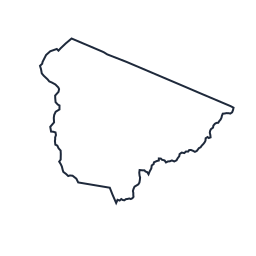 outline of Lagoa Grande do Maranhão, Maranhão, Brazil, rotated 192°
{"feature_id": "56859067B63003511785784", "entity_name": "Lagoa Grande do Maranhão", "entity_type": "district", "adm_level": 2, "iso_a3": "BRA", "parent_name": "Brazil", "parent_adm1": "Maranhão", "projection": "albers", "projection_center": [-45.43, -4.913], "detail": "fine", "context": "isolated", "style": "outline", "palette": "slate", "viewbox_px": 256, "rotation_deg": 192, "n_neighbors": 0, "source": "geoboundaries", "source_scale": "gbopen_adm2", "svg_char_len": 1929}
<svg xmlns="http://www.w3.org/2000/svg" viewBox="0 0 256 256"><g transform="rotate(192 128 128)"><path d="M29.0,169.8L32.1,170.7L65.2,177.1L80.3,180.1L88.0,181.6L142.9,192.3L163.7,195.7L167.2,197.0L168.9,197.4L201.8,203.8L206.4,197.9L210.4,192.1L212.1,189.2L214.1,190.5L220.0,186.9L223.3,182.4L225.3,174.9L225.3,173.0L227.0,170.5L225.3,167.4L223.7,163.5L221.3,161.6L216.8,158.9L214.7,157.2L212.1,156.7L208.1,155.5L204.6,153.2L203.5,151.7L203.5,148.9L206.0,144.6L205.4,142.1L204.2,138.2L201.5,136.3L199.7,135.8L198.9,131.9L202.1,128.9L202.9,125.5L202.7,122.5L201.5,118.1L204.3,113.0L202.5,108.5L200.3,108.8L198.0,108.6L197.0,106.1L197.3,103.6L196.9,101.9L196.8,100.1L195.6,96.6L193.5,96.1L191.7,93.7L189.2,91.9L188.3,88.4L187.3,83.1L188.3,80.8L186.3,78.7L184.7,76.6L183.0,73.1L182.1,71.6L178.9,70.1L176.5,68.6L174.9,69.5L172.3,69.8L168.0,67.7L165.4,64.4L133.4,65.8L129.5,59.9L124.0,52.2L123.3,55.6L121.1,55.3L119.8,57.1L118.3,56.5L116.6,56.5L115.2,58.0L113.7,58.5L112.1,59.3L110.5,59.1L109.1,60.2L108.3,61.8L108.9,63.6L109.3,65.6L110.1,67.4L109.9,69.8L109.4,72.0L108.2,73.1L106.2,75.0L105.5,77.0L105.6,79.6L105.9,82.2L106.7,83.6L107.7,86.6L107.9,89.3L105.2,89.6L103.1,90.0L101.9,89.1L100.0,88.8L98.3,87.0L97.8,90.0L96.8,93.3L97.0,96.3L95.4,98.1L95.5,99.8L93.1,101.6L91.1,102.6L91.5,104.6L89.5,104.9L88.2,104.0L85.5,103.9L83.7,102.2L82.0,103.6L80.2,104.1L78.3,105.4L75.8,104.9L73.8,106.5L73.2,108.6L72.0,111.1L72.1,113.2L70.4,115.1L67.7,115.2L66.5,117.0L64.2,117.5L63.6,119.1L61.9,119.6L59.6,119.2L57.6,118.6L56.0,119.8L55.2,121.4L54.5,123.0L53.0,124.2L52.2,126.1L51.0,128.0L50.1,129.9L49.6,131.7L49.9,134.1L48.3,135.7L46.9,135.0L45.3,136.0L46.0,138.3L47.0,140.3L47.1,142.1L46.7,144.0L44.9,146.1L45.0,148.1L43.9,150.2L42.5,151.4L40.8,151.9L40.2,153.7L39.2,155.5L38.7,157.5L38.7,159.4L38.3,161.7L36.4,162.3L34.8,163.0L32.5,163.4L30.9,163.4L29.4,165.0L29.0,167.4L29.0,169.8Z" fill="none" stroke="#1e293b" stroke-width="2"/></g></svg>